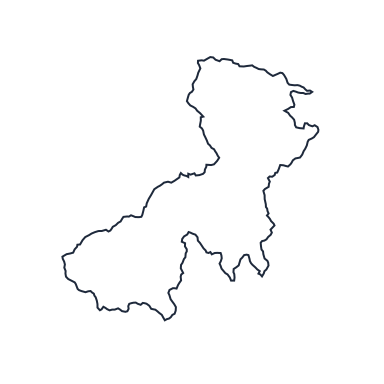 outline of Jacupiranga, São Paulo, Brazil, rotated 21°
{"feature_id": "56859067B20022642204757", "entity_name": "Jacupiranga", "entity_type": "district", "adm_level": 2, "iso_a3": "BRA", "parent_name": "Brazil", "parent_adm1": "São Paulo", "projection": "orthographic", "projection_center": [-48.043, -24.779], "detail": "fine", "context": "isolated", "style": "outline", "palette": "slate", "viewbox_px": 384, "rotation_deg": 21, "n_neighbors": 0, "source": "geoboundaries", "source_scale": "gbopen_adm2", "svg_char_len": 4848}
<svg xmlns="http://www.w3.org/2000/svg" viewBox="0 0 384 384"><g transform="rotate(21 192 192)"><path d="M103.1,313.5L104.7,316.2L107.6,317.6L114.9,318.4L116.4,319.5L120.0,323.5L121.7,324.1L124.3,324.1L128.5,323.7L130.7,321.9L132.8,320.8L134.6,321.6L136.8,322.1L138.0,323.7L139.8,324.8L142.1,327.6L143.9,330.5L145.2,333.8L148.4,335.4L149.6,334.0L150.4,330.9L152.6,331.2L154.8,331.8L157.5,332.0L159.6,330.4L162.0,329.5L164.7,327.1L167.2,327.6L169.3,328.3L172.8,327.7L174.4,326.5L174.7,323.8L173.4,321.4L173.5,318.9L175.1,317.6L176.9,316.4L179.1,315.4L181.4,315.8L184.5,315.7L185.8,313.2L187.6,312.8L189.6,312.6L192.9,313.5L195.8,315.7L200.0,315.0L202.8,315.9L204.6,316.6L207.8,317.5L209.9,319.3L212.6,321.5L214.1,319.7L215.9,318.4L217.1,316.4L217.7,313.8L219.4,311.9L219.3,308.6L218.2,305.2L215.6,303.1L213.1,301.5L210.5,299.8L207.8,296.3L206.1,294.7L206.1,291.5L208.7,288.6L210.5,288.0L212.2,287.7L212.3,283.9L212.8,281.1L213.5,278.5L211.8,275.2L211.5,272.9L212.8,270.8L208.9,267.3L207.9,264.0L208.5,261.6L208.5,257.5L209.2,255.3L208.1,251.5L208.4,249.3L207.6,247.3L204.9,245.3L203.9,242.3L200.3,242.1L199.7,239.3L200.5,236.3L202.8,233.4L203.2,230.6L205.1,230.5L207.5,230.7L210.5,230.6L213.4,232.3L214.9,235.3L217.7,236.7L219.8,238.2L223.0,240.5L225.7,241.7L227.1,243.2L229.3,243.0L230.7,241.5L232.8,243.1L235.1,240.8L237.3,239.8L240.6,238.7L242.2,240.7L243.5,243.2L243.7,246.2L243.4,249.0L245.0,250.5L247.1,253.0L249.5,254.3L252.2,255.8L254.7,256.2L258.0,258.3L260.2,260.7L263.1,259.6L262.4,256.7L260.9,253.5L259.4,252.0L258.5,248.9L260.2,246.6L261.9,243.8L261.4,237.5L262.4,235.3L263.3,232.2L265.5,230.9L267.3,230.7L269.7,233.9L270.8,235.7L272.6,237.3L274.5,238.3L278.2,239.7L280.7,240.9L283.6,241.6L283.3,244.4L285.4,244.5L287.6,245.7L288.2,242.3L288.0,240.0L289.2,237.7L289.8,233.3L288.4,230.6L287.0,229.2L283.6,228.1L280.9,224.5L279.6,222.0L277.5,220.8L276.0,218.2L274.3,214.8L275.0,212.7L277.0,211.4L278.5,209.5L279.2,206.7L280.8,203.8L281.1,201.3L278.8,199.0L281.0,193.7L279.6,192.3L276.2,190.8L274.5,189.3L272.7,188.2L270.4,187.1L271.2,184.6L269.3,182.7L268.1,180.6L266.4,179.5L265.3,177.0L263.6,174.4L262.4,172.6L260.9,168.9L259.5,167.1L258.2,165.3L259.0,163.1L261.7,159.7L260.9,156.7L260.9,154.4L257.9,151.8L258.9,149.7L261.4,149.0L263.1,146.5L262.9,144.3L264.6,143.3L264.8,139.4L264.7,135.2L267.7,134.3L270.2,134.1L272.5,133.8L274.0,130.8L274.5,128.8L274.8,126.3L276.5,123.6L278.8,122.2L280.5,121.1L281.5,117.6L281.6,113.8L282.2,111.1L282.5,107.4L282.0,103.6L282.3,101.5L284.6,99.2L286.2,97.1L287.1,94.1L288.2,90.6L287.7,88.6L285.9,86.4L282.6,85.7L280.9,87.5L278.9,87.6L277.0,87.6L275.0,86.6L272.8,87.4L273.0,90.8L273.4,92.7L269.6,93.8L266.1,94.3L264.1,92.6L263.2,90.5L261.4,87.9L258.5,86.4L256.3,85.6L253.4,83.6L251.0,83.3L249.2,83.0L251.9,80.1L253.9,77.3L256.6,76.1L256.3,73.8L253.7,70.8L251.6,68.0L249.1,66.1L248.6,63.3L250.4,61.3L253.1,61.1L255.5,61.1L258.0,60.6L260.5,59.7L262.9,59.8L265.0,58.6L266.7,57.9L268.3,55.5L265.8,55.0L263.1,56.3L261.1,55.6L258.7,54.4L256.6,54.4L254.6,54.1L252.2,54.4L249.6,55.6L246.9,56.3L244.3,56.9L242.1,55.8L239.5,52.6L236.0,49.8L233.8,48.6L231.6,49.0L229.5,51.2L225.9,54.7L222.6,54.1L219.4,53.3L217.4,52.3L215.2,51.9L212.3,52.8L210.2,53.3L207.6,53.0L205.2,52.9L202.8,52.2L200.8,53.3L198.3,54.6L195.3,56.3L191.3,57.6L189.3,56.0L186.6,56.5L184.1,56.6L182.4,54.7L180.5,55.0L177.9,55.5L174.1,56.4L172.1,57.4L170.9,60.0L166.6,60.1L163.6,58.8L160.7,59.5L158.7,61.9L156.1,65.1L153.8,65.6L150.6,67.3L151.3,69.5L153.1,70.9L155.5,73.6L155.3,76.0L155.1,78.4L155.4,81.4L155.5,85.0L154.5,87.8L154.0,91.2L155.2,93.6L156.6,95.8L156.0,98.5L154.6,100.3L154.1,102.3L154.3,105.1L154.7,109.0L156.7,110.4L159.4,111.8L162.5,112.1L165.3,112.7L167.7,114.3L171.3,115.5L175.5,117.6L173.4,119.1L174.7,122.3L175.3,125.7L175.8,128.2L178.5,129.1L180.4,130.7L182.5,134.0L184.8,136.1L187.3,138.5L189.7,141.2L192.1,142.1L194.4,143.8L197.3,144.2L198.8,145.5L201.1,147.1L203.0,148.9L205.1,150.3L204.3,154.0L202.6,158.3L200.2,160.0L198.2,160.6L195.7,161.4L196.3,163.3L196.0,166.4L196.7,169.0L195.8,171.1L192.8,173.6L189.6,175.2L187.6,173.7L184.4,176.3L182.0,176.3L183.1,179.3L181.1,179.0L178.8,179.3L176.9,179.2L174.8,178.3L174.5,180.5L175.0,182.9L171.5,188.0L169.3,190.7L165.9,191.0L162.5,193.3L161.2,195.6L159.7,197.8L158.4,199.2L155.8,202.9L154.9,209.4L154.1,213.8L153.8,218.8L154.4,222.0L152.8,223.5L153.3,226.8L153.8,231.1L153.6,233.3L151.5,234.5L148.0,235.7L145.6,235.6L143.4,235.6L141.9,237.6L140.2,238.1L136.9,239.8L136.4,242.0L135.9,245.1L134.1,247.2L132.7,250.3L130.5,252.9L130.2,254.8L129.6,257.2L128.2,258.8L125.2,258.1L121.8,260.7L118.6,262.0L115.7,264.3L113.1,266.8L111.4,269.1L108.5,272.3L107.1,276.2L106.3,281.1L103.9,282.3L104.3,284.3L103.0,287.6L102.8,291.2L100.4,293.0L97.2,295.0L94.2,298.8L95.3,300.7L97.6,302.8L99.3,305.2L99.9,308.4L102.3,311.0L103.1,313.5Z" fill="none" stroke="#1e293b" stroke-width="2"/></g></svg>